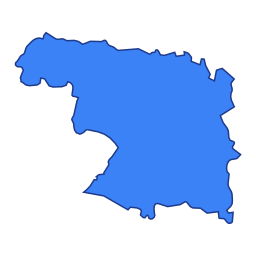 outline of Zamora
{"feature_id": "ESP-5852", "entity_name": "Zamora", "entity_type": "Autonomous Community", "adm_level": 1, "iso_a3": "ESP", "parent_name": "Spain", "parent_adm1": "", "projection": "mercator", "projection_center": [-6.097, 41.685], "detail": "fine", "context": "isolated", "style": "filled", "palette": "blue", "viewbox_px": 256, "rotation_deg": 0, "n_neighbors": 0, "source": "natural_earth", "source_scale": "10m", "svg_char_len": 2853}
<svg xmlns="http://www.w3.org/2000/svg" viewBox="0 0 256 256"><path d="M83.7,192.2L86.1,190.3L90.1,186.2L94.1,179.8L94.6,179.6L96.1,179.9L96.6,179.8L96.9,178.8L97.1,177.5L97.0,176.5L96.6,176.5L98.2,175.1L100.0,174.5L103.9,174.2L103.9,172.7L108.7,165.1L108.7,163.9L108.4,162.8L108.3,161.5L109.1,159.8L112.3,156.4L118.3,147.6L117.0,145.9L115.3,143.4L110.0,137.9L104.4,134.2L98.3,131.9L88.1,129.8L86.4,129.8L85.5,130.5L84.7,131.5L83.0,132.7L81.1,133.7L79.8,134.1L76.3,132.7L74.6,130.0L73.9,126.8L73.6,123.6L73.0,122.1L72.2,120.6L71.8,119.2L72.5,117.6L73.4,116.2L74.0,114.6L77.0,100.9L78.4,97.7L75.2,96.6L73.0,96.3L72.0,95.1L73.0,87.8L72.5,85.1L70.8,83.0L67.8,81.7L66.1,85.3L61.9,86.7L52.9,87.0L49.2,85.9L44.6,78.8L40.8,78.1L40.0,83.2L37.0,85.0L29.3,85.7L25.8,84.9L22.7,82.5L21.0,81.6L21.0,79.8L20.4,78.2L20.6,77.2L21.0,76.0L23.2,70.6L23.1,69.8L23.0,69.3L21.7,67.3L20.8,66.8L18.2,66.8L17.3,66.6L16.4,65.9L15.6,65.1L15.4,63.9L15.8,62.6L17.5,60.9L20.5,56.2L21.5,55.3L22.5,54.8L23.6,54.1L24.4,53.1L25.8,48.7L26.3,47.5L27.3,46.0L31.6,41.6L33.6,40.0L35.6,38.8L38.3,38.1L40.1,38.1L42.5,38.9L43.2,38.6L43.6,36.4L44.0,35.2L46.0,32.7L55.7,38.8L57.6,39.4L62.2,38.8L63.4,39.0L66.9,40.7L74.2,40.4L78.5,41.5L82.7,44.3L90.5,41.3L101.6,41.6L104.0,40.4L105.1,40.3L106.3,41.3L107.7,44.0L109.1,45.4L113.6,47.1L117.2,50.0L118.6,50.4L138.4,48.8L149.6,54.2L150.3,54.1L151.8,52.7L152.5,52.4L154.0,52.4L154.7,52.2L155.1,51.7L155.7,50.4L156.2,49.9L157.5,50.0L158.6,51.4L160.4,54.8L164.3,55.4L174.7,52.3L176.2,56.3L184.5,55.1L184.2,51.8L187.1,52.7L188.7,53.7L191.0,56.7L191.3,57.3L191.5,58.2L191.1,61.3L200.0,64.8L201.5,58.9L204.1,59.1L205.7,65.7L210.2,74.3L208.6,78.0L214.4,80.9L216.5,70.2L222.2,68.4L234.2,79.0L231.2,82.9L231.1,84.8L232.1,88.6L232.1,90.7L231.0,93.4L230.7,97.1L231.5,100.5L234.3,106.8L220.3,115.6L223.1,122.6L227.1,128.1L228.3,130.8L228.8,137.4L230.0,140.2L233.9,141.8L234.4,143.0L233.9,144.5L233.0,145.8L232.4,147.2L233.0,148.8L240.6,154.6L237.4,158.1L236.2,158.7L230.9,159.6L229.3,160.6L227.8,162.5L226.9,165.0L226.6,167.7L226.8,170.5L227.5,172.3L228.4,173.1L229.1,174.1L228.1,183.1L228.2,185.4L228.8,187.2L231.4,191.8L232.0,193.9L232.4,200.5L232.1,203.8L230.7,206.3L226.7,210.3L228.5,213.0L233.1,212.3L232.4,220.8L232.2,221.9L231.6,222.7L230.5,223.1L229.2,223.3L228.1,223.0L227.1,222.3L224.7,219.2L223.9,218.7L219.5,218.3L219.0,218.0L218.3,211.7L207.1,213.1L200.5,208.2L192.8,207.9L190.3,206.6L186.6,202.0L185.0,201.8L180.2,204.6L167.7,206.6L158.0,203.5L155.6,203.8L154.4,205.7L154.0,208.5L154.3,212.6L154.7,214.6L154.8,215.6L154.0,217.4L152.5,218.7L150.7,219.1L149.2,218.5L148.7,217.6L148.4,216.4L147.9,215.5L147.1,215.3L146.5,215.7L145.1,217.6L144.1,217.8L143.1,217.4L140.6,215.2L140.5,214.5L141.2,212.4L141.3,211.0L140.9,210.0L140.1,209.2L137.0,207.9L130.4,207.2L128.0,209.8L103.8,195.9L83.7,192.2Z" fill="#3b82f6" stroke="#1e3a8a" stroke-width="1.5"/></svg>